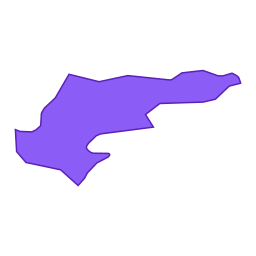 Hounslow, Equal Earth projection
{"feature_id": "GBR-2070", "entity_name": "Hounslow", "entity_type": "London Borough", "adm_level": 1, "iso_a3": "GBR", "parent_name": "United Kingdom", "parent_adm1": "", "projection": "equal_earth", "projection_center": [-0.345, 51.455], "detail": "fine", "context": "isolated", "style": "filled", "palette": "violet", "viewbox_px": 256, "rotation_deg": 0, "n_neighbors": 0, "source": "natural_earth", "source_scale": "10m", "svg_char_len": 755}
<svg xmlns="http://www.w3.org/2000/svg" viewBox="0 0 256 256"><path d="M203.0,70.5L218.0,75.8L222.9,75.9L232.0,73.2L234.8,74.6L236.5,75.6L237.9,76.6L238.8,77.8L240.5,82.6L240.6,83.2L229.2,86.1L215.4,99.2L203.0,102.1L159.8,103.5L145.5,114.5L153.4,127.1L100.6,133.9L96.2,135.8L88.5,143.2L86.7,146.0L86.5,146.7L86.5,147.6L86.6,148.4L87.1,149.2L88.9,151.1L91.2,152.6L93.3,153.2L108.5,153.4L109.5,154.0L109.7,154.7L109.5,155.4L108.3,156.9L96.9,162.9L87.3,173.0L84.6,178.2L78.1,185.5L60.6,169.8L26.0,162.5L16.6,151.6L15.4,129.6L19.9,131.4L31.8,131.9L35.9,129.9L40.4,126.0L40.7,125.2L41.4,113.6L41.7,112.7L44.4,108.1L55.3,97.9L69.0,74.3L99.1,81.7L127.8,75.6L170.0,80.0L172.2,79.4L181.9,72.9L203.0,70.5Z" fill="#8b5cf6" stroke="#5b21b6" stroke-width="1.5"/></svg>